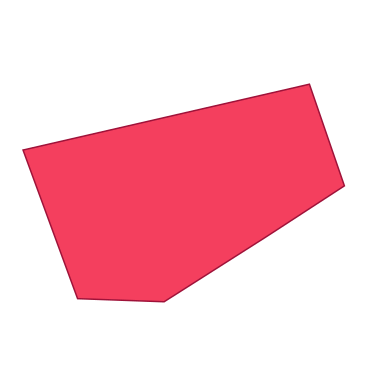 Aswan City, Aswan, Egypt, rotated 71°
{"feature_id": "37247803B88895964793077", "entity_name": "Aswan City", "entity_type": "district", "adm_level": 2, "iso_a3": "EGY", "parent_name": "Egypt", "parent_adm1": "Aswan", "projection": "natural_earth1", "projection_center": [32.989, 24.068], "detail": "fine", "context": "isolated", "style": "filled", "palette": "rose", "viewbox_px": 384, "rotation_deg": 71, "n_neighbors": 0, "source": "geoboundaries", "source_scale": "gbopen_adm2", "svg_char_len": 251}
<svg xmlns="http://www.w3.org/2000/svg" viewBox="0 0 384 384"><g transform="rotate(71 192 192)"><path d="M255.6,334.9L286.7,254.1L258.4,136.0L235.8,45.9L128.3,45.9L97.3,338.1L255.6,334.9Z" fill="#f43f5e" stroke="#9f1239" stroke-width="1.5"/></g></svg>